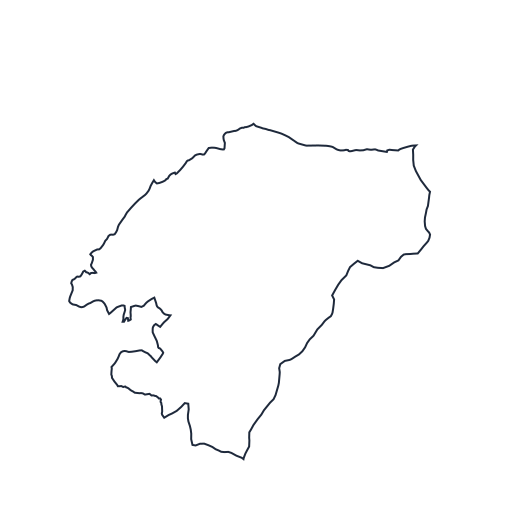 outline of Gem, Nyanza, Kenya, rotated 222°
{"feature_id": "3690345B53081703212176", "entity_name": "Gem", "entity_type": "district", "adm_level": 2, "iso_a3": "KEN", "parent_name": "Kenya", "parent_adm1": "Nyanza", "projection": "equal_earth", "projection_center": [34.475, 0.041], "detail": "fine", "context": "isolated", "style": "outline", "palette": "slate", "viewbox_px": 512, "rotation_deg": 222, "n_neighbors": 0, "source": "geoboundaries", "source_scale": "gbopen_adm2", "svg_char_len": 6073}
<svg xmlns="http://www.w3.org/2000/svg" viewBox="0 0 512 512"><g transform="rotate(222 256 256)"><path d="M137.5,366.1L137.7,371.2L138.0,375.4L138.0,380.0L138.1,382.4L139.3,385.7L141.0,388.4L143.1,389.3L144.7,389.4L147.9,389.9L150.4,391.4L153.8,394.6L156.2,397.7L158.5,401.7L160.4,404.8L161.7,408.2L166.4,415.1L168.0,417.3L169.7,420.2L171.8,420.3L175.3,420.9L184.4,422.7L194.0,426.1L199.2,428.7L203.4,432.5L206.9,436.4L210.6,440.1L211.2,443.8L211.1,445.2L213.3,443.0L214.4,441.7L216.2,439.0L218.8,434.8L220.2,432.3L220.7,431.0L220.9,429.6L225.5,426.0L227.9,424.3L229.1,422.3L228.4,420.9L235.9,416.1L237.2,415.7L238.6,415.1L239.5,414.3L241.2,412.3L242.4,411.3L245.0,409.6L245.9,408.2L247.0,406.4L249.5,403.9L252.2,402.0L253.1,401.0L255.1,398.0L256.3,396.6L257.5,396.0L258.6,396.3L260.2,395.1L261.0,393.9L261.9,392.8L263.7,391.1L264.8,390.4L266.6,389.5L267.9,389.1L271.7,388.4L272.9,387.9L274.8,386.8L277.2,385.2L283.7,379.8L292.2,371.9L293.3,371.2L299.8,368.0L301.0,367.6L311.2,366.3L314.8,365.3L318.3,364.2L319.4,363.8L322.1,362.6L329.8,358.9L331.0,358.1L333.8,356.9L336.5,355.3L337.7,354.9L342.7,352.6L343.7,352.5L346.3,352.6L346.7,350.6L348.2,347.3L349.6,345.1L350.4,344.4L351.1,342.9L352.3,341.9L353.3,339.9L353.6,338.3L354.1,336.8L354.9,335.3L355.9,334.3L359.0,329.8L360.1,328.7L360.8,327.3L360.9,325.9L360.8,324.5L360.3,323.1L358.9,321.7L357.5,320.6L354.8,319.2L351.5,315.0L351.2,313.7L352.0,312.9L354.1,311.5L357.7,309.7L359.1,308.8L360.1,308.0L361.5,306.8L363.4,304.6L362.9,300.5L362.5,298.2L362.5,296.7L363.6,295.6L364.7,295.1L365.9,294.4L366.8,293.2L367.8,291.8L368.6,290.0L368.7,287.5L368.8,285.9L369.9,282.2L370.6,281.3L370.8,280.1L370.4,278.1L370.0,273.4L369.9,268.9L370.0,267.4L370.1,264.5L370.6,263.1L372.1,263.7L372.9,262.3L373.6,260.8L374.0,259.4L374.1,257.5L373.4,254.4L374.1,253.2L374.0,251.7L374.6,249.8L375.2,248.4L376.7,245.6L378.2,243.6L379.8,243.5L381.2,243.6L382.6,244.0L382.0,240.9L381.2,237.6L380.1,234.8L379.5,232.6L379.2,229.1L379.3,227.1L380.4,221.3L380.7,219.3L381.0,214.2L381.1,208.4L381.0,202.1L380.4,199.2L379.9,197.4L379.6,193.9L379.2,190.7L379.0,189.0L378.8,187.5L378.1,185.4L376.5,182.3L375.9,180.0L375.6,177.6L376.5,176.1L377.5,175.4L378.6,174.2L379.0,172.2L378.5,170.5L378.1,168.8L378.2,166.5L377.4,163.8L377.0,162.0L376.7,157.9L377.0,156.0L378.4,154.6L380.1,150.6L380.4,148.6L380.3,146.4L379.4,146.2L378.0,146.3L376.5,146.1L374.7,144.1L373.3,140.9L372.7,139.0L371.3,138.0L369.9,137.6L367.7,137.4L366.2,137.1L364.7,137.0L363.6,136.7L364.4,135.4L366.2,134.1L367.2,133.0L367.4,131.2L369.2,131.2L370.3,130.9L371.3,130.3L372.4,130.5L373.4,130.5L374.0,128.8L373.5,127.1L373.1,125.2L372.9,123.3L373.9,121.9L375.1,121.1L375.4,119.8L375.4,118.3L375.8,116.5L376.4,115.5L376.0,113.9L375.1,112.1L373.6,111.6L371.4,110.3L369.3,107.9L367.0,101.6L366.3,100.1L364.7,97.5L363.1,97.0L361.4,97.1L359.8,97.4L356.7,99.3L353.7,100.0L352.8,100.4L351.6,101.0L350.6,102.2L349.9,103.5L349.2,106.6L348.5,108.7L347.7,110.1L346.6,113.5L345.9,114.9L344.7,116.5L343.3,117.8L340.9,119.3L339.5,119.5L338.2,119.4L336.6,119.2L334.9,118.6L332.6,117.7L330.4,116.1L326.4,114.6L326.1,116.2L325.4,122.6L325.2,124.5L324.5,126.0L322.7,129.4L321.5,130.5L320.3,131.0L318.8,129.6L317.9,129.0L317.1,128.3L316.2,126.5L315.0,123.8L313.8,122.0L312.5,120.6L311.7,119.3L311.1,117.9L310.1,118.8L310.6,121.1L310.8,123.4L309.6,124.1L308.6,123.2L307.6,122.4L307.0,123.5L306.6,125.0L308.1,126.3L308.7,127.3L309.6,128.3L311.6,130.2L313.3,132.5L314.8,134.4L313.8,136.1L313.2,137.2L312.2,138.7L310.0,140.0L307.1,141.5L306.1,144.0L306.2,145.8L306.2,148.0L305.9,150.1L304.8,154.2L303.7,157.0L298.7,154.2L296.9,152.9L295.8,152.4L294.6,152.2L292.4,152.6L291.4,152.6L289.6,152.4L288.2,151.8L286.2,151.6L285.2,151.7L284.0,152.0L280.7,154.0L279.9,154.6L279.6,151.6L279.5,149.9L280.0,145.4L280.0,143.5L279.9,141.1L279.8,139.2L283.0,138.7L284.1,138.6L285.0,138.4L285.4,136.2L284.9,134.0L284.1,132.8L282.5,131.0L281.6,130.1L278.1,128.6L273.4,126.7L272.6,126.3L269.1,124.0L267.8,122.8L266.7,122.5L265.8,123.0L264.7,123.0L261.5,122.5L260.2,122.0L259.8,120.7L259.5,118.6L259.2,116.8L258.6,110.6L260.8,110.5L261.8,110.6L265.8,110.9L267.2,111.2L268.3,111.1L269.9,111.2L271.5,111.2L273.7,110.4L276.4,109.7L277.7,109.5L279.1,108.2L281.7,104.8L284.2,101.8L285.6,100.3L286.6,99.4L288.8,98.4L290.2,97.4L291.3,95.9L291.9,94.1L291.7,91.7L290.8,89.4L290.0,86.8L289.2,82.5L289.1,81.1L289.1,79.8L289.1,78.3L289.1,76.8L288.0,76.0L287.3,75.1L286.3,73.7L284.2,71.1L282.7,70.3L281.5,69.1L280.0,68.7L278.4,68.3L277.3,68.0L272.9,67.3L271.5,66.8L270.0,68.2L269.1,69.2L267.0,69.8L266.4,70.8L265.7,71.6L264.5,71.5L263.6,72.0L262.2,72.3L259.6,72.4L258.3,72.6L256.9,73.0L254.6,73.3L251.0,75.9L249.3,77.5L248.1,78.2L245.8,78.7L242.9,82.3L241.6,82.4L240.4,82.4L238.8,83.9L237.5,84.4L236.4,85.1L233.9,85.3L232.9,85.1L231.9,86.0L230.5,85.7L229.8,84.3L229.0,83.6L228.0,83.4L227.0,82.4L225.3,81.4L221.7,77.7L220.6,75.9L219.5,75.2L216.0,74.4L214.5,79.4L213.0,82.8L211.3,87.8L210.6,93.8L210.5,99.0L207.5,100.9L203.4,97.0L200.3,92.4L198.0,89.8L195.5,87.8L191.3,85.4L188.3,83.3L185.2,80.6L181.6,76.5L176.8,73.1L174.1,74.8L172.0,79.0L168.9,81.9L164.6,83.6L160.6,84.9L156.7,85.4L153.6,86.5L150.9,87.2L148.3,89.1L145.5,91.9L142.5,93.2L136.9,94.5L131.6,96.5L129.4,96.7L130.0,97.7L131.7,102.1L132.6,105.6L133.6,109.8L137.5,114.5L139.4,116.3L143.0,120.5L143.6,123.7L144.8,128.7L145.6,135.8L145.9,141.7L146.9,146.7L147.4,156.4L147.1,161.3L148.4,165.7L152.7,174.6L154.1,177.0L158.9,183.4L160.3,185.2L161.1,186.0L163.7,188.1L165.6,191.9L164.4,197.3L161.6,201.1L161.0,202.2L160.4,204.0L159.5,207.5L158.2,211.6L157.8,216.2L158.4,221.0L159.8,225.6L160.3,230.1L159.9,235.2L161.3,242.5L161.0,248.8L161.4,253.4L161.3,255.2L160.7,258.8L160.1,261.3L160.7,263.8L161.3,265.2L163.3,268.3L166.2,272.5L168.9,276.0L171.7,277.1L173.0,277.6L174.5,283.9L175.7,289.8L176.3,295.2L175.9,302.0L177.6,306.7L178.7,310.7L178.0,315.9L177.2,320.5L172.3,321.6L164.8,325.6L161.0,326.5L157.5,328.8L153.5,332.0L150.4,337.9L149.0,343.8L147.2,348.0L147.7,352.4L147.2,355.9L145.9,357.6L142.8,360.6L140.5,363.1L137.5,366.1Z" fill="none" stroke="#1e293b" stroke-width="2"/></g></svg>